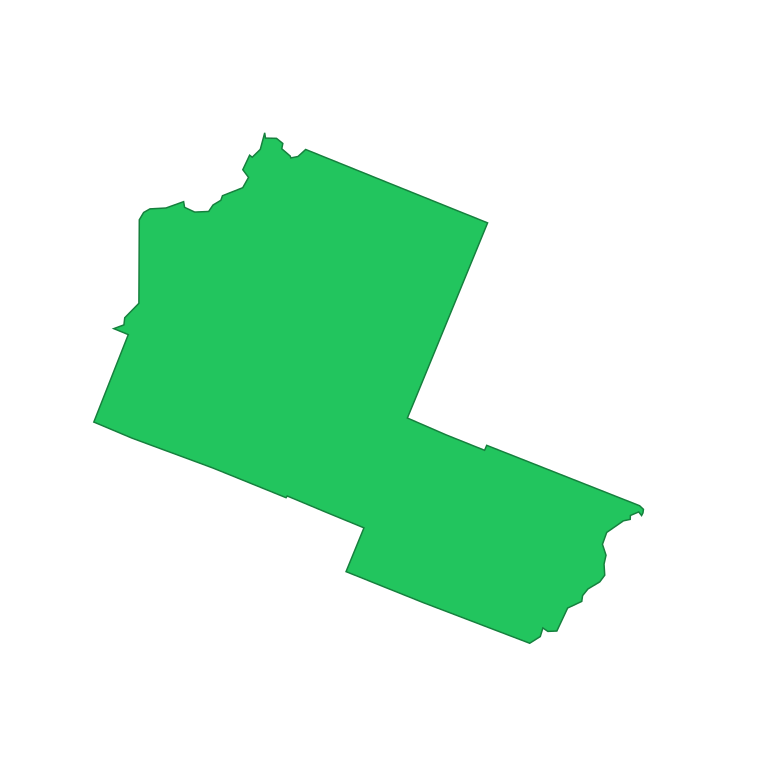 outline of Cass, Minnesota, United States of America, rotated 292°
{"feature_id": "52423323B75286555107284", "entity_name": "Cass", "entity_type": "district", "adm_level": 2, "iso_a3": "USA", "parent_name": "United States of America", "parent_adm1": "Minnesota", "projection": "equal_earth", "projection_center": [-94.285, 46.879], "detail": "fine", "context": "isolated", "style": "filled", "palette": "green", "viewbox_px": 768, "rotation_deg": 292, "n_neighbors": 0, "source": "geoboundaries", "source_scale": "gbopen_adm2", "svg_char_len": 1033}
<svg xmlns="http://www.w3.org/2000/svg" viewBox="0 0 768 768"><g transform="rotate(292 384 384)"><path d="M245.1,638.2L256.5,648.8L262.2,647.4L270.4,649.9L281.4,658.2L289.4,660.3L299.4,655.5L308.4,654.0L317.2,646.6L329.8,646.1L346.8,657.2L350.7,663.0L354.4,661.7L360.8,668.1L358.5,672.1L361.5,672.4L365.0,671.5L366.9,666.6L365.6,502.2L360.2,502.1L360.1,460.2L361.2,418.4L384.6,418.6L572.2,419.7L572.1,310.6L572.1,223.5L562.7,219.0L558.7,212.9L560.2,211.7L563.8,201.1L569.1,200.1L571.5,192.3L567.6,182.0L572.2,179.3L555.2,181.4L544.9,176.9L545.8,173.7L529.8,172.8L524.8,181.0L513.1,179.5L498.1,163.7L493.2,163.9L485.9,158.4L478.3,156.8L472.5,144.1L473.1,132.9L478.0,129.9L465.5,115.9L458.7,101.4L453.0,96.9L444.6,95.6L367.0,126.5L348.3,118.8L341.4,120.7L334.1,112.7L334.0,128.4L240.0,129.2L239.4,170.9L242.0,256.7L241.9,335.8L243.9,336.2L243.4,377.5L243.1,419.3L195.8,419.1L195.9,461.2L196.0,502.4L198.2,616.2L208.4,623.5L217.3,622.7L216.0,628.6L219.7,636.8L245.1,638.2Z" fill="#22c55e" stroke="#15803d" stroke-width="1.5"/></g></svg>